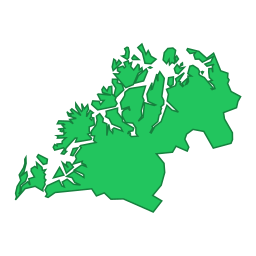 the County of Troms
{"feature_id": "NOR-900", "entity_name": "Troms", "entity_type": "County", "adm_level": 1, "iso_a3": "NOR", "parent_name": "Norway", "parent_adm1": "", "projection": "albers", "projection_center": [18.955, 69.32], "detail": "fine", "context": "isolated", "style": "filled", "palette": "green", "viewbox_px": 256, "rotation_deg": 0, "n_neighbors": 0, "source": "natural_earth", "source_scale": "10m", "svg_char_len": 5751}
<svg xmlns="http://www.w3.org/2000/svg" viewBox="0 0 256 256"><path d="M172.5,152.2L156.3,153.8L164.0,163.3L164.7,172.5L161.2,185.2L152.7,195.5L161.8,200.9L153.2,212.0L123.4,198.9L110.9,199.2L104.3,192.9L96.4,195.9L91.7,188.8L55.1,192.5L48.1,197.4L45.6,196.5L47.1,194.0L45.0,190.0L47.3,185.7L59.0,180.3L61.9,186.0L64.3,186.9L62.3,182.0L67.1,179.2L73.6,184.3L80.5,185.0L74.7,182.3L72.0,177.6L66.7,176.4L73.9,171.5L83.9,177.5L83.9,174.9L82.6,173.7L74.2,170.1L81.8,164.9L86.2,166.7L85.5,164.9L81.8,163.1L82.3,161.3L73.0,164.1L76.5,158.9L75.2,155.8L81.3,147.6L79.8,146.4L80.7,145.5L96.0,142.5L93.5,140.4L94.6,136.0L91.0,135.4L91.5,131.0L95.8,125.3L97.1,120.5L96.4,116.2L99.7,113.6L103.3,118.5L102.7,122.0L106.9,123.9L106.8,135.6L108.8,124.4L109.9,130.0L112.6,133.2L113.0,131.1L112.1,129.6L114.0,127.9L122.5,131.1L120.7,127.6L111.9,124.0L109.2,118.6L105.5,116.6L106.6,114.2L106.1,111.2L117.6,108.1L117.4,112.4L122.4,118.9L122.5,121.6L133.7,128.1L132.9,130.8L128.7,131.6L127.6,134.0L129.8,132.2L130.5,134.1L129.8,135.0L131.4,136.6L137.8,136.1L135.9,133.4L135.9,127.8L132.8,123.1L125.7,122.5L122.1,115.8L122.3,112.1L124.2,109.8L128.0,108.3L130.1,110.6L129.0,106.8L121.9,109.2L120.4,102.7L124.6,95.9L125.0,92.2L129.5,88.6L145.5,86.1L142.4,96.8L144.0,100.2L141.2,110.8L141.9,116.0L138.3,121.2L143.1,117.3L144.5,102.7L154.2,105.5L155.7,104.9L148.0,101.4L146.9,94.1L152.1,82.7L151.1,89.6L152.3,89.1L156.8,74.0L157.0,79.3L158.0,81.2L157.8,75.5L159.8,71.7L164.3,78.3L161.8,96.5L163.8,100.5L163.7,104.4L160.7,107.0L161.6,108.4L160.6,110.7L160.9,113.5L159.1,115.0L157.8,121.5L152.1,126.4L152.8,127.5L150.2,132.4L151.2,133.0L154.8,126.6L161.1,121.6L166.9,105.3L172.0,110.1L178.4,112.1L167.1,101.0L168.4,94.2L166.5,89.3L175.5,85.7L176.6,82.2L175.5,78.9L184.3,72.7L178.6,81.2L180.5,81.7L180.1,84.1L182.6,86.6L183.5,85.8L181.8,83.5L186.8,78.9L187.2,80.7L185.7,84.5L187.2,83.8L188.5,81.5L187.9,76.1L191.3,76.0L187.8,73.7L189.9,66.2L192.9,65.4L197.9,68.6L199.5,71.5L198.8,73.9L199.7,75.2L204.3,77.6L213.6,88.7L211.4,88.8L212.1,89.6L215.0,88.6L213.6,84.9L209.2,81.2L212.2,80.4L209.4,77.6L208.7,71.9L208.9,68.6L211.8,68.3L212.8,72.3L212.4,65.5L214.2,64.3L207.0,66.2L204.9,64.1L210.9,61.8L213.4,56.5L202.4,62.2L199.2,59.1L195.3,59.2L193.8,54.9L195.4,52.6L190.0,53.5L186.9,50.0L187.6,48.6L198.9,51.4L206.8,58.4L213.6,53.2L220.7,70.8L227.9,73.3L227.6,77.7L229.1,79.9L227.6,83.5L231.1,91.5L240.6,96.6L237.9,101.5L236.5,107.7L223.5,112.6L224.5,119.0L232.4,132.7L232.5,139.6L231.0,143.3L213.3,148.1L203.8,131.4L193.0,129.4L186.6,134.1L184.8,139.2L188.8,147.2L187.2,151.1L176.0,146.2L172.5,152.2ZM93.8,117.9L94.3,124.8L89.2,126.9L89.2,131.2L90.4,133.0L87.7,134.1L91.6,138.4L91.0,139.5L75.5,142.1L76.9,138.1L75.1,138.1L66.1,148.0L65.1,150.8L66.7,151.4L64.0,154.2L61.3,153.6L64.5,148.9L63.6,147.8L54.7,150.1L53.2,147.2L54.7,144.5L57.1,145.9L57.0,144.0L62.1,143.6L62.2,141.2L65.9,137.8L57.4,138.1L58.1,136.3L56.9,135.7L63.3,135.3L65.2,133.0L64.0,133.3L63.5,130.0L62.0,131.8L60.2,131.0L61.1,129.2L57.9,129.1L64.9,128.2L62.2,125.2L64.4,124.6L63.6,123.8L57.3,123.8L58.8,120.9L69.5,121.2L73.2,123.7L69.7,119.4L76.3,118.4L68.6,115.9L67.0,111.7L70.9,115.3L70.5,113.5L73.2,113.6L70.6,110.0L71.9,108.8L80.9,115.5L75.9,107.5L75.8,103.5L81.4,111.5L82.5,110.5L81.6,103.6L84.3,108.8L87.6,104.8L88.5,109.2L87.0,112.1L86.5,116.8L90.1,110.4L93.3,112.8L91.2,114.0L91.2,116.8L89.8,118.6L91.7,120.2L92.4,117.6L93.8,117.9ZM25.9,157.3L26.1,163.5L24.0,171.8L20.4,176.3L26.7,171.8L27.4,175.8L25.5,181.1L20.3,185.3L20.1,191.4L18.8,194.1L20.8,192.3L21.5,187.2L23.0,185.3L27.8,181.7L30.1,185.2L28.8,178.8L34.5,177.0L31.1,171.1L31.3,168.6L34.8,166.4L37.2,168.0L36.5,162.5L42.0,167.4L42.4,170.4L45.6,169.7L43.6,172.7L45.4,174.5L44.4,175.9L44.4,178.6L45.9,179.9L44.5,182.2L45.1,184.4L42.8,188.6L42.9,190.9L35.2,186.3L25.2,188.6L15.4,199.9L16.5,197.0L15.6,193.3L17.2,186.4L20.8,180.5L19.2,174.9L23.5,167.8L24.9,163.4L24.8,159.2L25.9,157.3ZM122.0,84.2L123.8,89.8L115.9,97.4L115.1,99.9L117.1,103.6L115.1,106.4L97.7,109.9L91.7,104.5L92.8,100.9L99.1,101.3L100.6,104.6L104.0,100.4L100.7,100.5L97.6,94.4L98.5,94.0L111.0,95.1L102.6,92.6L101.9,89.6L103.6,86.8L107.1,91.0L108.8,86.9L111.7,86.3L112.0,94.2L114.9,96.4L114.2,94.8L115.8,88.0L112.3,82.5L112.5,79.2L116.8,79.2L117.8,80.9L117.2,82.7L122.0,84.2ZM139.3,69.8L141.9,67.7L142.3,70.4L138.1,73.4L133.3,84.6L125.7,87.7L114.0,73.8L118.6,74.0L120.1,72.0L117.5,70.9L117.5,68.0L122.9,66.1L124.2,67.9L125.6,66.7L124.0,62.5L128.2,60.8L129.0,63.6L131.7,62.4L130.7,66.6L133.7,70.0L137.9,64.3L139.1,65.1L139.3,69.8ZM174.9,60.5L174.4,63.5L171.9,62.4L169.5,64.8L169.0,59.5L166.6,63.7L163.1,59.9L164.3,52.6L167.8,48.5L172.9,48.0L175.6,50.3L174.3,58.5L174.9,60.5ZM151.0,56.3L156.1,59.2L151.0,63.8L145.0,63.3L142.4,52.8L137.8,47.6L141.9,44.0L146.0,54.4L148.2,50.6L151.0,56.3ZM146.2,68.9L147.5,71.4L143.6,80.9L135.0,83.1L138.3,75.7L146.2,68.9ZM66.1,164.5L66.8,162.1L69.7,162.4L73.4,167.1L66.4,173.2L62.4,162.6L68.4,167.6L66.1,164.5ZM38.4,154.6L47.4,159.2L46.8,163.5L43.3,164.4L37.0,156.9L38.4,154.6ZM59.6,167.3L63.9,175.1L53.5,177.8L59.6,167.3ZM129.2,51.9L128.7,57.6L127.2,59.3L121.9,56.1L125.0,55.6L126.1,51.8L124.7,48.7L127.0,47.2L128.2,47.6L129.2,51.9ZM112.2,66.9L113.8,59.2L115.6,60.5L116.3,64.2L118.8,60.1L121.3,62.9L113.2,70.6L112.2,66.9ZM180.1,68.1L184.3,67.3L178.3,73.8L175.7,73.0L174.3,68.6L177.1,64.6L180.1,68.1ZM173.4,76.9L173.1,84.4L170.2,86.5L167.7,84.2L168.6,77.7L173.4,76.9ZM73.2,148.6L77.9,147.8L73.0,155.7L70.7,155.1L73.2,148.6ZM139.0,59.5L132.6,59.5L131.9,58.2L134.1,55.2L139.0,59.5ZM178.5,59.0L176.0,62.1L174.9,58.2L176.7,55.9L178.5,59.0ZM182.4,62.9L182.6,64.9L180.0,66.3L181.0,63.9L182.4,62.9ZM201.3,72.0L202.3,71.4L203.4,71.9L202.3,73.7L201.3,72.0ZM148.7,67.6L150.1,66.8L151.6,67.6L150.2,68.2L148.7,67.6Z" fill="#22c55e" stroke="#15803d" stroke-width="1.5"/></svg>